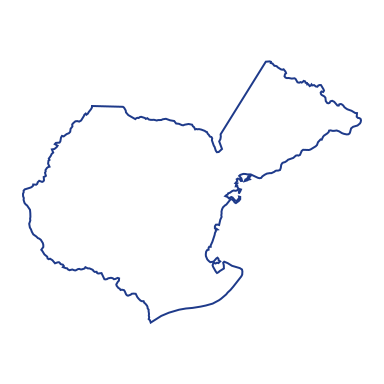 the district of Arroio Grande, Rio Grande do Sul, Brazil
{"feature_id": "56859067B21343719092926", "entity_name": "Arroio Grande", "entity_type": "district", "adm_level": 2, "iso_a3": "BRA", "parent_name": "Brazil", "parent_adm1": "Rio Grande do Sul", "projection": "orthographic", "projection_center": [-52.86, -32.195], "detail": "fine", "context": "isolated", "style": "outline", "palette": "blue", "viewbox_px": 384, "rotation_deg": 0, "n_neighbors": 0, "source": "geoboundaries", "source_scale": "gbopen_adm2", "svg_char_len": 5955}
<svg xmlns="http://www.w3.org/2000/svg" viewBox="0 0 384 384"><path d="M238.9,188.9L237.6,187.5L237.3,185.9L235.8,186.2L236.2,184.5L237.2,183.4L235.5,183.1L237.3,180.9L236.7,179.3L237.7,178.6L238.8,178.8L240.0,179.6L240.9,181.0L242.1,180.9L241.4,178.4L239.2,175.9L240.3,174.9L243.3,173.9L245.6,174.0L247.3,174.4L250.7,174.4L257.9,177.8L259.5,178.2L261.2,177.9L262.3,176.4L264.6,174.8L266.9,173.6L269.9,173.1L271.5,173.1L274.5,171.7L275.4,170.9L276.4,170.6L278.1,170.6L280.0,170.0L280.8,167.8L281.2,164.9L282.1,163.3L283.1,162.6L285.0,162.1L286.7,161.0L288.1,159.7L293.3,157.9L295.9,155.6L297.3,155.3L298.5,155.6L300.0,154.9L301.7,150.9L303.1,149.8L308.9,150.0L310.5,149.5L315.7,146.3L317.0,145.0L318.0,142.2L320.6,139.4L321.7,139.7L323.0,136.9L323.9,135.7L327.3,133.4L328.7,132.0L329.1,130.6L330.6,130.4L332.7,130.9L333.8,130.9L336.7,130.5L339.2,131.4L341.9,133.1L343.8,133.8L346.6,134.4L348.3,134.3L349.4,133.6L350.0,132.5L351.1,128.4L353.1,126.8L357.5,125.5L360.0,123.4L360.7,122.0L361.0,120.2L360.5,118.8L359.3,118.1L357.9,117.9L356.7,116.7L357.0,113.1L355.2,113.0L351.6,110.8L347.4,109.3L346.1,108.5L344.4,107.2L343.3,105.6L342.3,104.7L340.9,104.0L339.3,104.3L338.7,105.6L337.4,105.5L334.2,101.8L332.2,100.8L330.5,101.3L329.5,102.9L328.3,103.3L327.2,103.0L325.8,101.1L325.4,97.7L324.3,96.4L321.6,94.9L320.9,93.9L320.7,92.5L321.5,91.5L323.1,92.0L324.0,90.7L323.5,89.3L321.0,85.1L319.8,85.0L318.3,85.5L317.4,86.7L315.9,86.5L314.1,85.1L312.3,85.4L311.5,84.4L310.8,85.5L309.7,86.1L308.3,84.2L307.2,84.4L307.0,83.0L305.6,82.8L305.1,81.4L303.7,80.9L302.9,81.8L301.7,82.6L300.6,82.1L299.1,82.7L297.5,82.3L295.6,79.0L294.6,78.3L291.8,78.6L288.7,78.0L286.9,78.1L285.5,77.6L284.5,76.3L285.0,74.2L286.1,73.2L285.4,71.5L283.6,69.3L282.4,69.7L281.0,69.4L277.7,67.3L276.8,66.3L275.7,65.9L274.4,65.8L272.5,63.5L270.7,63.0L270.9,61.8L269.7,61.4L265.8,61.7L220.6,134.3L220.8,136.6L220.4,139.2L219.2,141.4L222.0,149.0L218.7,152.0L216.9,152.2L215.8,150.7L214.6,146.9L213.8,145.7L211.9,140.3L212.2,138.3L211.4,137.0L209.8,136.5L209.0,135.1L207.7,133.7L206.8,131.9L205.7,131.7L204.8,130.9L201.3,129.6L199.0,129.1L197.5,129.3L196.5,129.0L195.1,129.4L194.1,127.2L192.9,126.3L192.1,124.7L188.6,124.0L184.7,124.7L183.2,125.3L181.9,125.1L178.9,123.8L176.1,123.5L174.2,121.0L170.1,120.3L165.9,118.8L162.7,119.3L161.3,120.0L158.0,120.1L156.8,120.5L154.0,119.8L151.0,119.9L148.9,119.5L147.3,118.2L145.8,118.9L144.9,118.0L141.1,116.8L139.6,117.2L138.7,118.0L137.5,117.8L136.3,118.2L135.3,119.1L128.3,115.1L126.0,112.4L125.7,110.5L124.8,108.9L124.0,107.6L122.9,106.8L92.0,106.0L91.9,107.6L91.0,109.2L88.7,112.1L87.8,113.7L86.4,114.7L85.7,113.6L84.4,114.7L83.9,116.0L81.1,120.5L79.2,121.6L77.3,121.1L75.4,121.3L73.3,123.1L72.2,124.4L72.4,126.5L70.6,128.8L70.2,131.8L68.9,133.2L66.6,134.1L63.7,136.4L62.0,135.9L61.0,137.6L60.3,141.5L59.5,142.6L55.9,142.9L54.8,144.1L57.6,145.7L56.6,147.2L54.4,149.0L51.9,149.4L53.2,152.6L51.7,153.9L50.7,156.0L48.8,158.6L49.5,159.9L48.5,160.6L48.1,163.7L49.5,166.7L47.9,167.2L46.9,168.0L45.5,170.1L45.7,171.4L45.0,172.8L45.9,175.8L44.9,176.5L43.7,177.0L44.0,180.2L43.4,181.3L42.1,181.9L39.2,180.8L37.7,182.3L37.2,183.9L36.2,184.7L33.2,184.5L33.0,185.8L31.8,186.9L30.8,187.5L24.7,189.4L23.6,190.7L23.7,192.1L23.0,193.8L23.1,196.3L23.8,198.0L23.6,199.9L24.5,202.9L25.7,204.4L27.1,205.5L30.0,209.8L30.3,213.1L30.4,216.9L30.1,218.7L30.3,220.5L29.2,223.8L29.9,227.6L31.0,229.4L31.8,231.7L33.3,234.4L36.3,236.5L37.9,238.1L39.2,238.6L40.8,239.8L42.8,243.0L43.3,244.9L43.3,247.0L41.3,249.8L42.4,251.1L44.4,254.4L47.2,256.7L47.6,258.5L48.8,259.2L50.0,258.7L52.4,260.2L55.0,263.3L57.5,262.4L58.9,262.2L59.8,262.9L60.6,264.1L62.9,264.7L63.8,266.0L62.9,267.1L65.9,268.2L67.1,268.3L67.9,269.4L69.5,270.2L72.3,269.5L74.4,270.3L75.6,270.4L78.0,269.1L79.3,268.9L80.5,269.4L81.8,269.4L84.5,268.5L85.4,267.2L87.8,268.4L89.5,268.4L92.7,269.8L93.6,271.1L94.7,271.9L96.6,271.8L97.2,273.1L98.2,273.5L101.5,273.1L104.4,279.2L105.5,279.4L107.0,279.1L108.2,278.3L111.0,277.8L112.7,278.2L113.9,279.2L115.2,279.0L117.7,277.9L119.1,278.4L118.9,280.7L117.9,281.7L116.3,284.4L116.6,285.7L118.4,288.0L119.6,288.6L120.6,290.0L121.9,289.7L123.9,290.1L124.8,291.3L126.0,294.2L126.8,295.2L128.0,295.7L130.7,294.7L131.7,293.8L133.7,293.6L135.7,293.8L137.4,297.2L138.7,298.8L140.5,300.6L141.9,301.2L143.6,301.2L144.2,302.7L145.3,303.6L147.0,305.7L147.5,306.9L147.7,308.5L148.6,309.6L148.6,311.2L149.0,313.9L148.8,315.7L149.2,317.3L148.7,319.1L149.9,320.2L150.7,322.6L161.3,315.9L168.9,312.7L179.1,309.7L185.9,308.5L192.6,307.9L200.7,306.6L205.9,305.5L212.7,303.6L214.0,302.9L218.9,300.3L220.9,298.9L226.2,294.4L227.7,292.5L230.5,289.9L233.3,286.6L241.3,276.4L242.2,274.6L242.4,271.5L242.0,269.5L239.8,268.1L232.0,265.8L227.6,263.1L224.2,261.7L223.2,262.7L223.8,265.4L223.9,268.5L219.7,271.1L218.5,272.2L217.0,273.0L215.8,271.6L213.0,266.6L212.6,265.3L213.0,263.9L214.3,262.9L215.6,263.5L217.0,262.7L218.4,263.1L220.2,261.4L218.7,260.4L218.4,258.7L217.5,257.7L216.4,258.4L213.6,261.6L210.3,262.2L208.8,261.0L207.3,259.4L205.9,256.1L205.8,254.1L206.1,251.8L207.0,250.2L208.6,249.7L208.5,248.1L209.2,246.8L210.7,246.8L210.7,245.4L212.4,241.7L214.6,235.0L215.0,232.9L215.9,231.1L215.7,229.8L217.4,229.5L216.2,228.6L214.9,228.1L214.9,226.3L215.9,224.7L217.5,224.6L219.1,225.0L220.3,219.7L221.6,216.9L221.3,215.2L221.6,213.5L221.5,211.6L222.0,209.4L223.0,207.3L225.1,205.3L226.3,204.6L230.5,199.4L232.0,199.3L233.8,201.0L234.6,202.4L235.9,203.1L238.9,200.9L240.2,199.2L240.2,196.9L239.0,196.6L239.3,198.0L238.3,199.0L237.5,200.3L236.5,200.8L235.0,200.4L232.5,197.5L231.3,197.0L228.8,198.3L227.6,197.0L225.3,196.1L226.5,195.0L227.6,194.6L228.2,193.3L229.8,192.8L232.3,191.0L233.7,190.5L235.4,190.8L236.9,190.5L237.9,189.5L238.9,188.9ZM244.7,181.1L247.4,180.3L248.4,179.6L249.8,179.3L248.7,178.2L250.2,176.4L248.3,176.5L247.0,178.8L245.4,179.5L244.7,181.1ZM238.9,188.9L239.7,190.2L239.0,191.5L238.9,193.6L240.2,191.4L241.0,189.5L238.9,188.9Z" fill="none" stroke="#1e3a8a" stroke-width="2"/></svg>